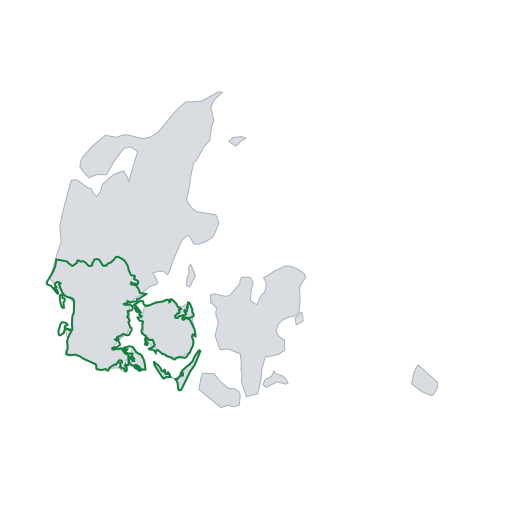 Syddanmark highlighted on a map of Denmark, rotated 10°
{"feature_id": "DNK-3417", "entity_name": "Syddanmark", "entity_type": "Region", "adm_level": 1, "iso_a3": "DNK", "parent_name": "Denmark", "parent_adm1": "", "projection": "albers", "projection_center": [9.703, 55.339], "detail": "fine", "context": "in_parent", "style": "outline", "palette": "green", "viewbox_px": 512, "rotation_deg": 10, "n_neighbors": 0, "source": "natural_earth", "source_scale": "10m", "svg_char_len": 9667}
<svg xmlns="http://www.w3.org/2000/svg" viewBox="0 0 512 512"><g transform="rotate(10 256 256)"><path d="M148.0,392.9L147.1,392.9L143.4,392.0L140.8,389.9L134.1,391.4L125.0,394.7L120.0,394.5L116.0,390.8L99.7,385.4L97.1,385.0L86.3,384.6L85.9,376.3L84.7,370.3L81.1,361.4L86.7,359.3L85.9,342.0L84.0,333.0L68.8,323.5L56.9,314.2L60.3,284.1L61.7,276.0L57.5,260.1L58.4,241.9L60.9,213.3L64.7,212.3L67.4,212.5L77.9,217.8L82.3,218.4L85.2,223.0L88.8,225.0L91.4,220.1L92.5,211.8L101.0,201.1L106.9,197.2L110.9,195.4L114.9,199.7L118.0,204.7L118.8,194.0L121.4,173.6L113.5,170.3L107.1,173.0L100.5,185.9L94.6,202.0L85.3,203.4L77.8,207.9L71.2,203.0L67.0,198.7L67.0,192.6L68.0,188.9L76.1,175.8L86.8,163.2L97.3,163.5L105.0,159.5L109.6,159.1L123.9,160.1L131.2,157.4L137.8,151.5L151.9,126.9L159.8,116.6L175.7,112.9L190.3,100.9L194.4,100.7L187.6,109.6L186.6,113.1L185.8,118.3L190.9,129.6L189.9,136.6L190.4,150.2L185.8,157.4L180.5,172.6L178.3,174.8L177.9,192.5L178.5,196.7L177.8,212.8L183.5,219.3L189.4,222.7L209.1,222.3L211.2,225.1L213.7,230.1L212.0,238.5L210.0,244.9L204.4,250.4L197.1,254.5L192.5,254.7L186.2,247.2L183.2,249.7L180.2,253.6L175.2,274.5L172.9,288.5L171.5,289.7L168.6,287.6L163.5,287.5L157.1,290.8L160.4,293.8L163.9,299.0L162.6,301.6L156.9,304.4L151.9,310.1L149.8,314.4L143.5,319.5L139.5,325.9L141.4,333.9L142.3,340.9L144.0,348.7L142.4,354.8L134.5,363.7L131.5,371.4L138.3,371.3L142.5,373.1L145.0,375.4L147.5,378.6L146.0,382.6L148.0,392.9ZM307.4,293.3L307.9,303.4L306.6,306.3L304.5,308.3L298.9,310.6L294.1,313.6L290.0,318.8L288.6,326.0L292.2,331.1L298.6,333.8L300.6,343.7L295.6,348.8L282.5,354.2L281.5,366.1L282.2,375.4L282.2,382.2L281.4,391.6L270.7,396.2L263.3,382.1L263.1,376.4L260.8,369.8L260.2,364.1L257.5,355.1L247.3,352.9L243.3,352.6L237.8,354.5L236.4,353.8L229.6,341.5L230.4,327.8L226.7,320.9L226.2,317.8L226.2,314.3L223.2,311.5L219.7,310.1L217.9,302.4L221.9,300.4L231.7,301.1L234.6,300.5L237.2,298.9L244.9,286.0L244.6,283.2L245.3,279.5L253.9,277.9L257.8,282.7L257.3,290.6L258.1,300.7L263.4,303.3L265.4,303.6L267.4,296.1L268.8,292.4L270.8,290.4L271.3,283.5L269.9,279.4L267.2,276.4L276.7,267.7L286.5,260.7L292.3,260.1L298.2,261.5L303.7,263.5L306.8,265.4L308.6,268.4L305.2,276.0L304.4,280.1L307.4,293.3ZM199.2,313.9L201.6,319.1L204.7,330.2L209.5,342.6L207.7,347.8L209.1,354.5L207.9,361.5L198.7,369.8L188.3,370.3L177.5,366.4L162.2,359.0L161.0,354.7L158.8,352.4L154.7,339.5L154.8,323.7L162.4,321.7L178.9,314.0L182.7,315.1L186.7,319.0L191.3,319.2L197.9,313.6L199.2,313.9ZM241.5,385.1L251.8,391.1L258.7,390.5L263.5,393.0L264.8,396.9L265.4,405.7L260.5,408.5L255.0,407.7L247.7,411.3L222.9,397.4L223.0,385.3L223.9,380.6L235.4,379.2L241.5,385.1ZM455.0,361.2L453.1,363.1L443.4,361.0L431.3,354.9L432.1,341.2L434.6,335.1L456.7,348.8L457.4,354.5L455.0,361.2ZM205.5,399.9L203.0,400.5L199.4,392.5L198.9,389.9L202.9,384.7L205.4,378.7L212.1,369.6L215.8,358.9L217.3,359.1L215.8,368.5L207.2,395.0L205.5,399.9ZM166.5,386.7L160.5,388.1L157.4,385.7L151.8,384.8L149.8,369.4L150.3,368.4L153.2,369.5L162.9,376.7L166.3,384.6L166.5,386.7ZM309.6,375.5L307.5,377.0L298.6,376.3L288.9,383.6L285.1,381.5L286.3,377.1L287.3,375.4L290.6,373.4L292.7,370.6L293.4,366.2L295.6,368.5L301.8,369.2L304.8,370.5L307.4,372.4L309.6,375.5ZM196.8,296.5L195.9,298.3L192.3,296.5L191.9,290.0L193.1,284.2L191.5,279.0L193.2,275.6L198.3,283.4L199.8,287.0L197.9,291.4L196.8,296.5ZM219.1,148.8L216.9,151.2L209.4,148.0L212.6,143.3L220.7,141.0L225.6,141.7L220.4,146.4L219.1,148.8ZM191.0,390.4L187.1,391.5L182.6,389.3L175.4,381.2L174.5,379.0L178.2,380.4L183.0,384.6L186.8,385.5L192.1,389.1L191.0,390.4ZM313.6,312.0L308.5,316.5L307.3,316.3L305.3,310.5L308.0,306.8L309.5,303.8L310.7,303.8L312.5,307.0L313.6,312.0Z" fill="#d9dde1" stroke="#a8b0b8" stroke-width="1"/><path d="M123.5,395.2L119.3,395.2L118.3,394.7L117.5,391.1L116.5,390.3L104.3,387.3L99.8,385.3L95.2,384.5L89.9,386.1L87.8,386.0L85.8,385.3L86.2,383.6L85.8,382.9L86.6,380.2L86.2,377.6L85.3,375.1L84.8,372.6L85.1,369.3L87.3,361.6L80.6,360.5L80.3,361.3L80.1,365.2L79.8,365.7L79.2,365.8L77.6,367.7L76.7,368.2L75.9,368.0L75.1,366.9L74.5,364.4L75.3,356.9L76.4,355.0L78.8,354.7L81.2,355.4L82.3,356.7L80.9,357.4L79.9,358.7L80.1,359.9L86.6,361.2L87.8,360.8L87.7,358.8L86.7,355.4L86.0,351.1L85.6,346.8L86.4,343.4L84.9,332.9L84.1,331.0L82.7,329.8L80.7,329.3L76.9,329.1L74.2,328.2L71.9,326.0L66.9,318.2L67.0,317.5L68.2,317.3L68.2,316.6L65.8,316.0L64.5,316.3L63.5,317.2L62.8,318.6L63.0,319.5L64.6,321.3L63.8,321.7L63.0,322.7L64.3,323.0L65.8,324.0L67.1,325.5L67.6,327.3L66.9,327.5L60.2,321.7L58.8,320.9L55.5,320.2L54.7,319.3L54.6,317.8L58.0,309.3L59.2,305.4L60.0,301.3L60.1,297.3L59.8,294.1L70.6,294.2L72.4,295.5L76.4,297.6L77.4,297.4L81.1,293.5L81.2,293.0L80.8,291.7L82.0,291.1L84.3,291.9L86.8,291.2L88.6,291.7L92.6,294.6L93.5,294.9L96.3,293.8L96.0,291.5L96.6,290.6L97.5,287.6L99.6,286.6L102.3,286.9L107.0,292.1L108.9,291.9L109.5,291.3L110.3,291.4L110.8,290.2L111.6,289.1L114.1,287.6L116.7,284.3L118.3,281.2L120.4,280.7L125.6,282.5L127.4,283.6L128.8,284.9L131.7,288.5L132.1,289.3L132.7,291.4L136.1,296.4L137.0,296.7L139.0,296.5L140.1,296.7L140.4,297.3L139.8,299.1L139.9,299.8L143.6,300.9L144.3,301.5L144.6,302.3L144.3,304.3L139.1,304.3L137.7,303.6L137.4,305.1L138.5,305.6L142.6,305.7L143.3,306.1L146.3,309.2L147.8,312.2L149.0,312.5L154.4,312.5L153.5,313.7L150.5,316.0L148.9,318.1L146.4,319.2L146.3,321.1L146.1,321.5L142.5,322.4L140.4,323.5L137.7,322.9L138.1,323.5L137.3,324.7L135.2,325.4L134.2,326.3L135.2,326.9L136.3,326.8L140.1,325.7L143.4,327.4L143.6,328.6L143.4,329.9L142.8,331.1L139.2,332.5L140.4,335.9L139.9,337.9L140.0,338.7L141.2,339.4L142.6,341.0L142.7,342.0L141.9,342.8L141.9,343.5L144.6,347.8L146.0,348.8L146.3,350.4L146.1,351.6L145.3,353.2L145.1,354.8L144.8,355.6L144.0,356.1L142.4,356.5L139.0,355.8L138.2,356.1L136.9,357.9L133.4,359.7L133.4,360.6L133.9,361.3L134.9,361.3L134.9,362.0L133.2,361.9L131.7,362.7L132.3,363.2L134.7,363.4L135.4,363.7L137.6,366.8L135.1,369.7L134.1,370.3L131.5,370.8L130.4,371.6L130.9,373.0L131.6,373.0L134.9,371.7L136.8,371.7L138.1,370.5L138.8,370.3L140.0,370.8L143.5,374.4L146.7,375.3L147.5,375.8L147.9,377.3L149.3,385.4L148.7,386.1L146.3,385.5L145.9,386.8L147.3,387.5L148.2,388.8L148.6,390.8L148.3,391.8L147.5,392.3L146.8,391.8L146.0,390.0L145.5,389.5L143.1,389.7L141.2,388.9L141.8,388.1L141.9,387.5L140.5,385.1L142.5,384.1L142.2,382.9L140.8,382.1L139.2,382.6L138.1,385.2L136.8,387.5L135.4,387.5L131.6,391.0L130.8,392.2L130.5,394.4L128.6,394.5L127.5,393.4L123.5,395.2ZM203.4,368.7L197.6,368.8L195.6,370.1L193.8,372.1L192.6,372.0L190.3,370.7L185.2,370.1L183.7,368.9L180.9,368.8L176.3,366.0L174.7,365.9L174.2,366.6L174.2,368.8L172.0,366.6L171.0,366.0L167.7,366.6L166.7,366.1L171.1,362.7L171.8,361.2L170.8,359.8L169.3,356.9L168.2,356.4L166.0,357.3L165.1,357.2L163.8,355.9L163.1,355.5L162.4,356.4L162.5,358.0L164.5,361.0L164.3,362.7L162.0,362.5L162.0,361.3L162.3,361.0L162.2,360.1L161.4,357.9L161.2,356.8L161.7,354.8L161.7,354.0L157.8,352.4L157.1,351.9L156.2,349.9L156.2,348.7L156.8,347.3L156.0,343.8L156.2,340.4L155.6,339.9L153.1,340.0L151.5,339.0L150.1,337.2L153.1,336.4L153.7,335.2L150.5,333.9L152.5,333.9L151.9,332.7L150.9,332.1L147.8,331.4L145.9,329.0L145.9,328.4L147.4,329.1L150.6,331.5L152.1,331.1L146.4,326.1L144.3,325.7L144.8,324.6L146.7,323.6L148.8,320.8L151.9,320.2L152.9,320.4L153.1,321.7L153.6,322.9L156.4,324.4L159.3,323.3L164.9,319.4L172.2,316.9L174.7,315.0L176.1,314.5L178.1,314.5L178.5,316.6L179.3,316.3L179.5,315.5L179.3,313.5L180.1,313.2L181.8,314.0L185.8,316.7L187.9,319.7L190.4,320.4L192.1,321.6L190.3,321.3L189.7,321.8L189.4,323.0L190.5,324.1L190.6,324.7L190.3,325.5L188.7,326.1L186.6,329.2L187.5,330.8L189.6,330.7L190.7,328.5L191.3,328.6L197.3,325.6L196.9,324.3L195.6,323.5L194.9,322.6L195.0,321.7L195.7,322.0L196.8,323.2L197.5,322.1L197.3,320.5L196.4,317.1L197.5,318.4L197.5,316.7L197.1,313.6L198.2,313.5L199.9,315.4L202.6,319.8L203.0,322.1L204.6,323.9L205.0,325.2L204.9,326.1L202.7,327.7L200.1,328.9L196.2,328.6L195.2,328.8L194.5,329.4L194.3,330.7L194.8,331.3L195.7,331.4L196.5,330.8L196.2,330.0L196.6,329.0L201.6,330.1L202.4,330.8L208.2,338.9L210.1,344.1L210.4,345.7L210.0,345.7L209.3,344.7L208.3,344.0L207.3,344.3L206.9,346.1L207.3,347.3L208.8,349.8L209.3,351.2L209.5,353.4L209.4,355.4L209.0,357.1L208.2,359.1L207.8,362.4L206.4,364.4L205.0,367.7L203.4,368.7ZM163.6,377.8L164.4,379.4L166.7,386.3L166.7,387.2L164.2,387.4L161.1,389.4L160.3,389.1L159.4,388.3L156.7,387.5L155.7,386.8L155.7,386.1L157.3,385.3L162.5,388.1L162.5,387.4L159.7,385.0L157.1,384.1L155.9,384.3L154.5,385.4L152.3,385.3L150.3,383.7L149.2,381.1L149.4,377.8L149.0,377.8L149.0,377.2L150.3,378.1L153.0,380.8L154.2,380.6L153.3,378.9L153.9,378.3L151.1,376.2L150.7,375.4L151.4,374.4L151.4,373.7L146.9,374.1L144.2,373.3L143.9,372.3L145.2,371.1L145.5,370.3L142.5,370.9L141.6,370.3L141.6,369.5L146.6,367.1L148.7,366.8L151.0,367.3L154.5,371.3L156.3,372.3L158.8,372.7L160.7,373.8L163.6,377.8ZM212.0,370.4L212.4,367.6L214.2,362.6L216.4,358.7L217.7,359.3L215.1,371.7L214.1,375.1L211.2,381.1L205.9,399.8L205.4,401.0L204.6,401.4L203.2,401.5L202.5,400.6L200.9,394.7L199.5,392.7L197.7,391.2L200.0,390.7L201.6,388.4L202.4,386.2L203.3,386.9L204.8,386.4L204.3,384.2L203.3,384.8L202.3,384.3L203.1,381.8L207.5,376.2L208.8,375.2L212.0,370.4ZM188.9,385.2L191.8,387.7L191.8,389.3L192.9,389.9L188.4,391.0L187.2,392.4L186.5,392.7L185.1,392.1L175.1,381.3L174.2,379.1L173.8,377.5L174.7,378.5L179.6,381.2L181.0,382.5L183.1,385.6L184.0,385.9L185.5,385.7L185.8,384.9L185.4,383.2L186.2,384.4L186.9,387.3L187.6,387.9L189.6,387.7L189.7,386.9L188.9,385.2ZM75.9,340.1L74.5,340.7L73.0,339.1L71.8,336.6L70.1,331.8L69.7,329.6L70.3,328.2L72.3,327.7L72.4,330.7L73.4,331.2L74.5,331.1L75.3,331.9L75.3,333.1L74.5,335.3L75.4,339.3L75.9,340.1Z" fill="none" stroke="#15803d" stroke-width="2"/></g></svg>